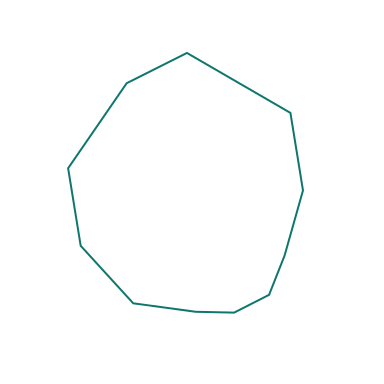 Kumho, Hamgyŏng-namdo, North Korea (orthographic projection), rotated 333°
{"feature_id": "82179303B22742196001734", "entity_name": "Kumho", "entity_type": "district", "adm_level": 2, "iso_a3": "PRK", "parent_name": "North Korea", "parent_adm1": "Hamgyŏng-namdo", "projection": "orthographic", "projection_center": [128.38, 40.117], "detail": "fine", "context": "isolated", "style": "outline", "palette": "teal", "viewbox_px": 384, "rotation_deg": 333, "n_neighbors": 0, "source": "geoboundaries", "source_scale": "gbopen_adm2", "svg_char_len": 305}
<svg xmlns="http://www.w3.org/2000/svg" viewBox="0 0 384 384"><g transform="rotate(333 192 192)"><path d="M214.0,318.6L245.6,290.7L291.6,241.0L315.6,166.2L250.6,65.8L183.2,65.4L92.4,114.6L68.4,189.4L89.1,264.5L140.9,300.4L174.8,318.6L214.0,318.6Z" fill="none" stroke="#0f766e" stroke-width="2"/></g></svg>